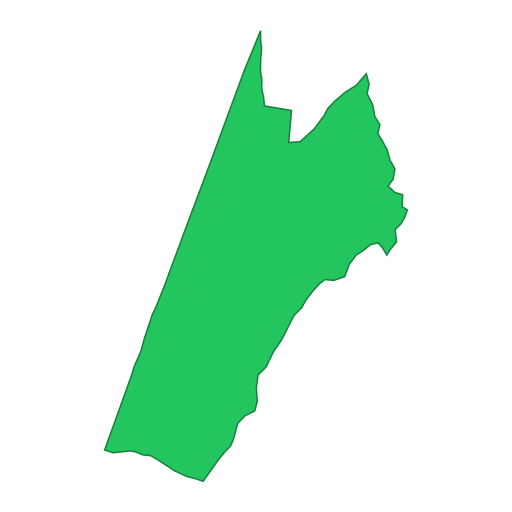 Indianópolis, Paraná, Brazil
{"feature_id": "56859067B61003865995307", "entity_name": "Indianópolis", "entity_type": "district", "adm_level": 2, "iso_a3": "BRA", "parent_name": "Brazil", "parent_adm1": "Paraná", "projection": "equal_earth", "projection_center": [-52.659, -23.482], "detail": "fine", "context": "isolated", "style": "filled", "palette": "green", "viewbox_px": 512, "rotation_deg": 0, "n_neighbors": 0, "source": "geoboundaries", "source_scale": "gbopen_adm2", "svg_char_len": 1270}
<svg xmlns="http://www.w3.org/2000/svg" viewBox="0 0 512 512"><path d="M257.3,401.4L256.3,388.2L258.1,374.9L266.2,366.9L273.4,351.8L280.6,341.4L284.6,334.2L288.0,327.2L294.0,315.5L301.4,308.0L306.8,298.8L313.0,290.8L319.8,283.5L324.9,279.6L333.9,280.4L344.7,276.6L349.4,264.1L356.0,255.3L364.7,249.4L370.6,244.6L378.2,242.9L382.8,248.3L386.8,255.0L390.6,249.1L396.5,242.0L395.2,229.4L401.1,223.7L404.5,217.7L407.4,209.9L402.1,206.8L402.7,194.8L394.6,192.3L388.1,186.1L393.1,179.3L394.9,168.9L390.0,160.1L387.2,150.0L382.1,140.4L377.8,133.7L379.9,124.6L374.9,116.7L372.7,104.9L367.1,93.7L369.1,84.4L366.3,73.7L356.2,85.4L345.4,92.1L334.7,101.2L327.9,108.4L323.9,115.8L314.2,128.9L300.1,141.7L288.7,142.5L291.5,110.5L264.4,105.9L263.7,97.9L261.6,87.9L261.9,80.0L260.6,72.1L260.6,61.6L261.6,48.3L260.6,39.8L260.6,30.7L244.5,69.9L205.2,176.4L187.7,222.8L184.0,232.9L179.9,244.1L171.8,265.7L164.6,285.4L156.2,306.4L152.1,315.2L144.1,339.3L140.7,351.8L134.2,366.4L132.0,373.9L124.5,394.9L104.6,450.0L113.3,452.8L130.1,450.9L136.0,452.0L142.8,454.9L150.7,455.7L158.1,460.0L174.7,470.9L187.3,476.7L194.6,478.4L203.2,481.3L217.9,460.5L224.7,452.0L230.7,445.8L233.8,438.3L237.6,423.5L245.1,415.7L254.7,411.0L257.3,401.4Z" fill="#22c55e" stroke="#15803d" stroke-width="1.5"/></svg>